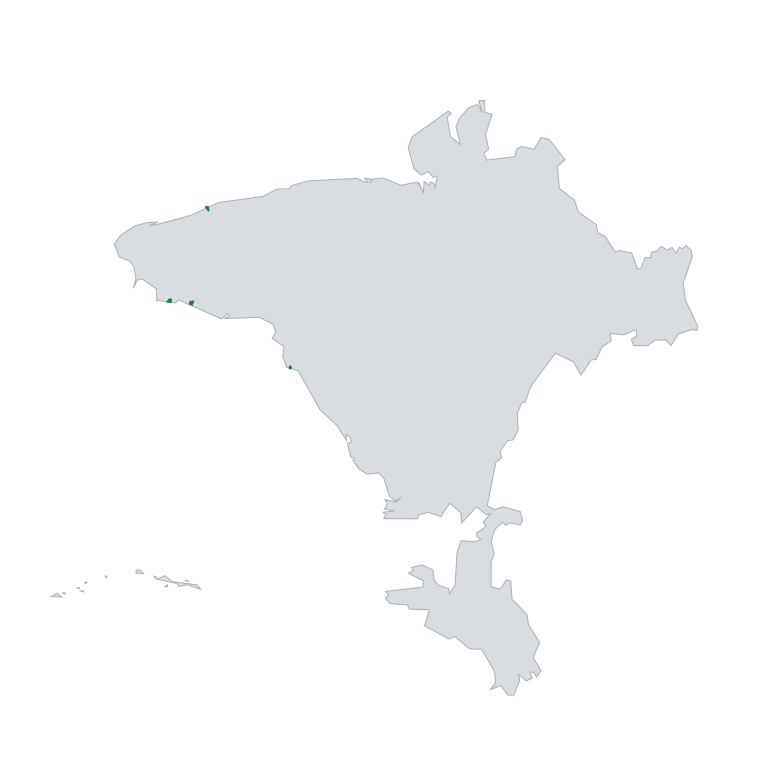 where Puducherry sits in India, rotated 97°
{"feature_id": "IND-3262", "entity_name": "Puducherry", "entity_type": "Union Territory", "adm_level": 1, "iso_a3": "IND", "parent_name": "India", "parent_adm1": "", "projection": "albers", "projection_center": [79.32, 13.78], "detail": "fine", "context": "in_parent", "style": "filled", "palette": "green", "viewbox_px": 768, "rotation_deg": 97, "n_neighbors": 0, "source": "natural_earth", "source_scale": "10m", "svg_char_len": 5585}
<svg xmlns="http://www.w3.org/2000/svg" viewBox="0 0 768 768"><g transform="rotate(97 384 384)"><path d="M90.3,318.8L101.8,317.0L103.3,309.6L124.0,313.6L138.1,308.8L142.6,312.8L149.3,309.5L142.3,282.0L134.6,280.9L131.4,276.4L132.9,263.7L120.2,258.1L121.1,250.0L139.2,231.5L146.9,238.5L168.5,233.8L178.4,217.4L189.7,211.9L199.7,193.0L208.3,189.9L210.2,182.8L225.0,170.5L222.8,167.4L223.8,154.2L239.1,146.2L237.3,143.0L226.6,140.2L226.3,134.8L220.3,134.4L219.3,129.8L213.6,125.6L216.6,119.2L213.3,114.7L218.7,110.2L212.0,107.4L213.4,104.1L210.0,101.2L213.4,95.6L220.0,93.5L247.3,99.3L264.6,94.8L288.1,79.6L292.8,80.0L292.2,84.6L298.2,97.7L310.7,103.9L306.0,109.8L307.4,120.4L313.9,127.1L315.5,141.0L309.6,143.9L305.4,139.0L299.3,140.5L306.0,152.2L306.2,165.4L313.3,163.8L320.9,172.3L333.9,176.5L334.7,181.2L351.0,189.5L339.0,198.7L332.5,217.7L368.2,237.9L384.8,241.8L385.9,245.1L397.1,248.1L413.2,245.2L423.7,249.1L425.3,254.6L436.6,260.5L443.1,258.4L447.8,263.3L492.3,266.7L495.3,259.2L491.5,250.7L494.0,233.2L502.6,229.8L507.2,231.5L506.5,241.8L509.5,246.1L506.6,249.2L515.1,256.5L527.6,258.5L539.1,253.9L547.1,256.1L572.3,253.0L573.5,243.7L563.4,238.5L564.0,234.2L582.1,230.7L595.3,214.0L605.3,211.3L621.7,197.9L637.3,202.7L649.5,193.2L656.2,196.9L651.8,200.8L652.3,204.1L658.0,201.0L661.4,206.8L655.9,214.7L662.3,213.2L677.0,217.3L677.7,223.2L669.1,231.3L674.3,241.0L666.6,236.9L655.8,239.2L635.5,254.8L636.4,266.7L626.2,282.8L629.2,288.5L619.0,314.4L602.5,311.3L604.4,331.4L600.4,333.8L601.2,351.2L596.5,356.7L592.5,353.8L589.7,357.3L580.9,320.8L574.5,321.1L569.0,336.6L565.0,332.1L562.6,334.3L559.0,324.1L562.6,312.9L572.8,310.1L577.2,305.3L579.2,295.0L584.0,293.4L575.2,289.0L542.7,290.9L530.3,288.5L529.5,274.6L526.2,268.9L523.9,273.5L520.3,273.6L512.8,265.3L509.1,268.8L499.7,262.5L501.2,266.6L494.5,277.2L512.5,290.0L502.5,291.9L494.2,304.3L508.7,311.4L506.0,324.4L509.6,333.4L513.8,334.7L517.7,367.8L513.6,366.0L511.4,369.5L508.8,358.0L508.1,368.0L501.9,366.1L498.6,368.9L499.7,357.9L494.3,353.0L498.9,358.3L494.8,364.9L477.7,372.6L472.9,378.5L475.6,390.1L471.2,398.6L463.7,405.6L461.0,404.6L460.5,408.1L447.3,412.9L445.7,408.6L440.5,411.6L439.2,415.2L444.6,414.4L430.9,425.7L417.4,444.2L381.3,470.9L379.3,482.7L368.9,487.9L358.9,487.8L352.5,500.5L345.5,497.6L338.1,501.7L333.0,515.6L338.5,550.5L335.3,545.5L333.3,547.9L339.3,553.2L325.5,598.2L328.9,600.7L328.7,619.9L317.4,621.3L309.3,636.5L311.0,641.5L319.5,644.6L310.1,643.0L298.0,646.5L293.0,651.2L290.1,662.2L278.2,668.8L268.4,663.6L257.4,650.6L252.6,638.5L250.9,628.1L255.5,636.7L253.2,628.3L240.2,596.5L223.9,569.9L212.7,527.3L203.8,514.4L201.7,501.5L198.5,500.4L191.6,483.7L183.2,435.7L186.1,427.5L185.5,424.6L182.5,428.4L181.9,426.1L182.3,421.3L185.9,421.9L181.8,419.9L179.6,409.6L184.8,391.4L179.6,376.0L182.0,374.0L179.4,374.1L189.9,368.1L178.1,368.9L181.5,363.1L177.9,362.9L178.6,358.9L183.9,357.4L171.1,356.3L172.9,360.3L167.8,365.9L172.1,372.4L166.9,380.4L146.2,388.8L135.2,386.2L105.3,353.5L107.1,350.3L111.5,353.8L130.2,348.3L137.0,337.4L119.9,343.9L111.2,341.6L99.4,333.7L95.2,325.2L102.8,319.5L91.5,324.5L90.3,318.8ZM605.4,585.3L601.0,578.1L606.0,570.1L606.1,545.2L610.2,540.9L607.2,554.3L609.9,563.0L607.3,565.4L605.4,585.3ZM634.7,677.8L635.5,688.4L631.4,682.8L634.7,677.8ZM601.9,607.0L599.0,607.3L598.4,602.9L601.6,599.5L601.9,607.0ZM623.9,661.4L623.9,664.4L623.0,661.6L623.9,661.4ZM627.1,656.9L626.1,661.1L626.2,656.7L627.1,656.9ZM631.6,674.2L630.6,677.5L629.7,676.3L631.6,674.2ZM610.2,636.8L608.2,637.1L609.1,635.4L610.2,636.8ZM604.8,586.9L602.9,588.7L603.7,586.0L604.8,586.9ZM611.1,574.0L612.2,576.9L609.8,574.8L611.1,574.0ZM618.5,656.6L616.8,656.1L617.4,654.5L618.5,656.6ZM603.9,554.3L603.1,557.6L603.4,554.1L603.9,554.3Z" fill="#d9dde1" stroke="#a8b0b8" stroke-width="1"/><path d="M328.9,584.1L328.8,584.6L328.3,585.8L328.1,586.8L327.9,586.8L327.3,586.8L326.9,586.7L326.7,586.6L326.4,586.7L326.1,586.4L325.9,586.3L325.7,586.2L325.8,585.8L325.9,585.6L325.9,585.4L325.9,585.2L325.8,584.9L325.6,584.9L325.5,584.6L325.5,584.4L325.5,584.1L325.1,583.8L325.0,583.6L325.2,583.4L325.4,583.1L325.5,583.1L325.8,583.3L325.9,583.5L326.1,583.7L326.3,583.7L327.0,583.6L327.2,583.8L327.2,584.0L326.8,584.4L326.8,584.5L327.1,584.8L327.3,585.0L327.5,585.0L327.6,584.9L328.1,584.5L328.4,584.3L328.9,584.1L328.9,584.1ZM328.9,605.5L328.7,606.1L328.9,609.2L328.7,609.2L328.2,609.0L328.1,608.8L327.8,608.6L327.7,608.4L327.8,608.3L327.8,608.2L327.9,607.9L327.6,607.8L327.3,607.8L327.2,607.8L327.3,607.7L327.2,607.6L326.8,607.6L326.6,607.5L326.6,607.3L326.4,607.2L326.2,607.2L325.8,607.0L325.8,606.8L326.0,606.6L325.9,606.4L325.8,606.1L326.2,606.1L326.4,606.3L326.5,606.3L326.7,606.2L326.6,605.9L326.6,605.7L326.4,605.7L326.4,605.4L326.5,605.3L326.9,605.5L327.4,605.7L327.5,605.7L328.0,605.4L328.4,605.4L328.9,605.5ZM231.4,581.5L230.5,582.1L230.4,582.4L230.8,583.1L230.1,582.3L230.0,582.2L229.9,582.1L229.7,582.0L229.6,581.9L229.6,581.5L229.7,580.2L230.1,580.0L230.4,580.1L230.8,580.2L231.1,579.9L231.4,579.7L231.6,579.5L231.8,579.3L232.2,579.3L232.5,579.5L232.8,579.3L233.1,579.2L233.4,579.3L233.4,579.6L233.1,579.6L232.9,579.8L232.6,579.9L232.4,580.1L232.1,580.3L232.0,580.2L231.8,580.1L231.5,580.4L231.4,580.9L231.4,581.1L231.4,581.5ZM378.5,478.5L378.3,478.9L378.4,479.1L378.7,479.2L379.4,479.2L379.6,479.2L379.9,478.8L380.0,478.7L380.1,478.8L380.2,479.2L380.1,479.4L379.8,479.5L379.6,479.5L379.8,479.7L379.6,479.8L379.3,479.9L379.1,479.8L378.6,479.6L378.1,479.5L377.8,479.4L377.6,479.3L377.6,479.2L377.9,479.0L378.0,478.8L378.2,478.7L378.3,478.6L378.5,478.5Z" fill="#22c55e" stroke="#15803d" stroke-width="1.5"/></g></svg>